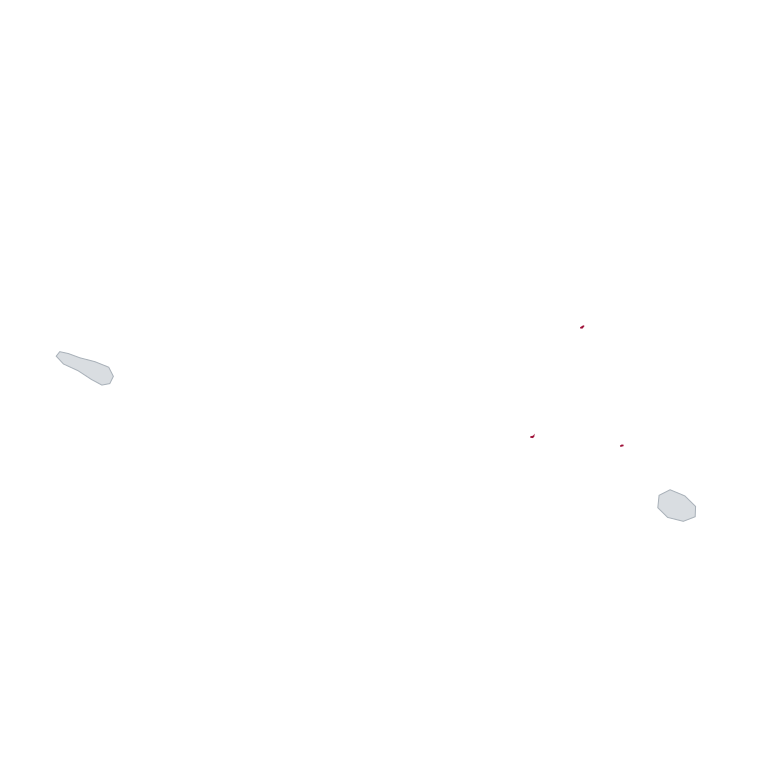 location of Vaavu within Maldives, rotated 279°
{"feature_id": "MDV-5235", "entity_name": "Vaavu", "entity_type": "Atoll", "adm_level": 1, "iso_a3": "MDV", "parent_name": "Maldives", "parent_adm1": "", "projection": "equal_earth", "projection_center": [73.599, 3.429], "detail": "fine", "context": "in_parent", "style": "filled", "palette": "rose", "viewbox_px": 768, "rotation_deg": 279, "n_neighbors": 0, "source": "natural_earth", "source_scale": "10m", "svg_char_len": 696}
<svg xmlns="http://www.w3.org/2000/svg" viewBox="0 0 768 768"><g transform="rotate(279 384 384)"><path d="M357.5,109.5L349.2,115.5L341.5,113.1L338.8,105.5L342.7,94.3L349.2,79.9L353.6,64.3L360.2,55.9L365.2,58.7L364.7,67.5L362.3,79.5L360.8,95.1L357.5,109.5ZM311.8,710.9L301.6,712.1L295.2,701.1L296.6,685.0L304.6,673.8L317.1,673.1L324.3,683.1L320.5,698.7L311.8,710.9Z" fill="#d9dde1" stroke="#a8b0b8" stroke-width="1"/><path d="M470.1,569.2L472.7,572.2L472.8,572.2L471.9,571.7L470.6,571.1L470.5,570.8L470.1,569.2ZM354.5,536.9L355.7,539.9L355.8,539.9L354.6,539.2L354.5,536.9ZM359.5,627.1L360.0,627.7L360.7,628.5L360.8,630.1L359.5,627.1Z" fill="#f43f5e" stroke="#9f1239" stroke-width="1.5"/></g></svg>